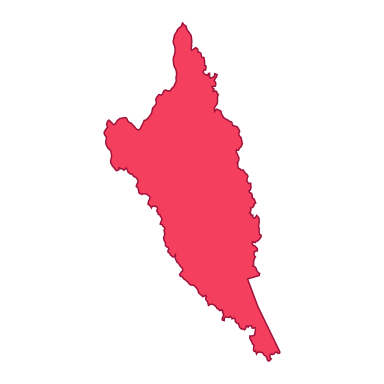 Colinas do Sul, Goiás, Brazil
{"feature_id": "56859067B84500730879893", "entity_name": "Colinas do Sul", "entity_type": "district", "adm_level": 2, "iso_a3": "BRA", "parent_name": "Brazil", "parent_adm1": "Goiás", "projection": "equal_earth", "projection_center": [-48.067, -13.991], "detail": "fine", "context": "isolated", "style": "filled", "palette": "rose", "viewbox_px": 384, "rotation_deg": 0, "n_neighbors": 0, "source": "geoboundaries", "source_scale": "gbopen_adm2", "svg_char_len": 5800}
<svg xmlns="http://www.w3.org/2000/svg" viewBox="0 0 384 384"><path d="M259.1,275.6L259.7,273.5L258.2,272.6L257.5,271.4L256.6,270.4L256.3,268.7L255.2,267.1L254.2,266.3L252.8,266.1L253.7,264.4L253.5,261.4L254.1,259.8L254.5,258.2L255.5,257.0L254.6,256.1L253.9,254.4L254.2,252.3L255.5,251.2L257.3,250.9L257.4,248.6L256.1,247.2L254.7,245.8L253.5,245.6L252.8,244.7L252.2,243.6L252.5,241.8L253.8,242.3L255.2,242.6L256.0,241.5L257.6,241.0L259.4,239.3L261.2,236.6L260.8,234.8L259.5,234.4L259.1,232.6L259.1,229.6L259.2,228.0L258.4,226.3L258.9,224.3L259.2,222.0L259.0,218.2L256.7,215.4L255.2,217.7L253.7,218.0L252.6,216.5L252.8,215.2L250.9,215.1L250.8,213.2L249.5,212.9L250.5,211.5L251.0,209.5L250.5,208.1L252.4,207.5L253.7,206.3L254.3,203.8L255.7,203.1L254.2,199.0L252.2,197.7L252.3,196.1L251.9,193.9L251.0,193.0L249.6,192.6L248.8,191.0L250.0,190.4L251.0,187.9L250.8,184.5L250.7,183.2L248.7,183.5L246.8,180.8L247.1,178.7L248.0,176.2L247.0,174.5L245.1,172.9L244.1,171.4L243.3,170.0L241.2,170.1L239.8,168.7L238.1,167.9L237.8,165.7L237.8,163.8L237.0,163.1L238.0,162.0L238.7,160.3L239.0,158.5L238.6,157.0L237.7,155.5L237.2,153.6L236.4,152.7L236.3,150.1L238.5,150.3L239.5,148.1L240.7,147.2L241.8,145.3L242.4,143.5L241.9,141.7L241.1,137.6L240.0,136.6L239.0,135.4L238.8,133.3L239.7,131.4L239.2,130.1L238.2,128.3L237.1,126.7L235.5,126.3L232.8,125.5L231.7,122.1L229.6,121.3L228.1,120.2L226.4,119.4L224.2,118.1L222.8,116.2L221.5,113.8L221.1,111.5L220.0,110.5L218.6,110.0L216.8,109.1L215.7,109.8L214.7,111.4L214.3,109.9L214.4,108.4L215.0,106.8L217.1,103.8L217.6,100.4L217.4,98.2L217.7,96.1L218.4,94.5L217.2,93.5L216.8,92.1L215.7,90.8L213.2,91.6L213.2,90.2L214.0,89.0L213.0,88.4L212.1,86.6L215.4,86.1L215.8,84.1L215.5,82.3L214.3,80.9L214.8,79.2L216.7,76.5L217.1,74.6L214.7,73.7L214.6,76.1L212.1,77.5L210.5,78.1L209.6,77.2L209.6,73.3L208.4,73.5L207.9,75.3L206.1,74.8L204.4,74.0L203.2,72.3L203.7,70.2L205.6,70.0L206.1,67.4L205.8,65.7L204.5,65.2L204.6,62.7L204.5,60.8L203.9,57.5L202.2,57.5L201.5,56.5L200.9,53.4L199.7,52.3L198.2,52.2L197.6,49.0L195.8,47.6L193.1,49.4L191.6,50.1L191.1,48.8L191.7,45.6L191.5,43.9L191.8,41.7L191.5,37.9L191.0,35.3L188.6,31.7L187.5,30.5L186.6,28.4L186.2,26.3L184.1,24.9L182.6,23.0L181.9,24.6L181.6,26.1L178.9,28.1L177.8,29.3L176.3,32.2L174.5,35.2L173.2,41.5L173.4,43.1L174.8,46.6L175.1,49.2L175.0,52.4L174.3,55.1L173.4,57.8L173.3,59.9L173.5,62.9L174.0,65.5L174.4,66.8L175.8,69.4L176.4,71.6L176.6,74.2L176.0,77.7L176.3,81.0L173.9,86.4L171.5,88.7L170.4,90.8L167.8,90.8L165.2,90.0L163.8,90.9L162.5,94.1L161.2,95.2L159.0,94.5L157.0,97.0L156.3,98.0L155.8,99.8L156.4,102.8L155.9,104.6L152.7,108.0L151.8,112.2L151.4,113.4L150.3,115.2L149.2,116.7L147.8,118.2L146.7,119.3L145.7,120.2L144.1,120.4L143.7,121.7L140.3,128.7L138.5,130.1L136.4,129.0L134.5,126.7L131.1,123.1L129.2,122.4L128.3,121.7L126.5,118.1L125.1,117.6L123.3,117.9L119.9,118.5L117.7,120.2L116.9,121.1L115.1,124.0L113.6,124.6L108.9,120.1L107.5,121.4L106.6,124.6L107.6,127.1L105.3,130.2L104.1,132.4L104.5,134.6L105.6,136.1L106.5,137.5L106.1,140.0L105.8,141.7L105.9,143.7L106.4,145.2L107.1,146.5L108.1,148.3L109.1,149.4L110.4,150.1L111.0,152.0L111.5,154.5L111.6,156.1L111.4,157.9L110.6,160.4L110.8,162.7L111.5,164.2L112.8,166.4L114.0,167.7L115.2,169.4L116.4,170.7L117.7,170.3L119.0,169.6L119.2,167.7L120.6,168.7L122.3,168.8L124.0,170.3L124.8,169.3L126.2,168.0L127.2,169.9L128.1,172.2L129.5,173.3L130.7,174.1L132.0,174.1L132.9,175.0L133.5,176.1L134.3,176.9L135.8,177.2L137.3,179.0L138.0,181.1L137.8,182.8L136.9,184.1L136.2,186.4L137.9,187.9L138.5,189.5L138.9,192.8L140.2,193.7L142.0,194.5L143.0,193.8L144.8,193.8L146.0,194.1L147.1,194.5L148.5,195.5L149.9,196.9L150.0,198.5L149.2,199.8L148.6,201.0L148.3,202.5L148.0,204.2L149.7,205.5L150.5,206.4L151.5,207.9L152.0,206.6L153.3,206.0L155.0,206.5L156.2,206.4L157.2,207.2L157.5,208.8L156.7,210.9L157.8,212.5L158.3,214.4L159.9,214.8L160.5,216.5L161.3,217.4L161.9,218.9L161.3,221.2L160.4,223.0L160.3,224.3L162.1,224.5L163.1,226.3L164.2,227.2L164.9,228.4L164.0,230.2L164.6,232.9L164.5,235.8L163.5,237.7L163.9,239.0L164.1,240.6L165.1,242.0L165.4,243.3L165.5,245.6L166.6,246.8L168.3,247.5L168.8,249.2L167.8,250.9L168.3,252.5L170.0,253.4L170.4,255.0L171.5,255.8L173.0,257.1L174.3,256.7L175.4,255.0L175.3,258.5L176.3,260.6L176.9,262.0L178.5,263.5L180.1,265.7L181.0,267.1L182.2,268.0L182.7,269.3L182.6,270.9L181.3,271.8L180.5,273.2L179.6,274.6L180.3,276.1L181.8,276.6L182.7,277.4L183.9,279.0L185.2,279.8L186.2,280.7L187.4,281.6L188.7,283.1L189.5,284.2L191.3,285.1L193.7,285.1L196.1,287.6L197.6,289.6L198.2,290.8L198.6,292.9L200.7,294.7L202.8,296.7L204.0,296.2L205.1,295.3L206.5,296.5L205.7,297.4L205.6,298.8L206.1,300.0L207.3,301.3L208.0,303.3L208.5,305.4L209.8,304.5L211.8,304.1L213.7,304.7L216.0,306.6L216.8,308.3L218.1,309.1L219.0,309.8L219.9,310.6L221.1,310.5L221.9,309.6L222.7,310.7L222.6,312.2L223.5,314.1L223.4,315.9L222.7,317.4L222.1,318.5L222.5,320.2L224.3,320.6L224.2,318.5L225.5,317.0L227.5,317.1L229.1,317.6L230.1,316.2L231.4,317.4L232.0,318.9L233.3,318.4L234.7,318.2L235.2,320.1L235.4,321.7L237.0,323.3L238.7,323.9L239.0,325.5L239.7,327.3L241.1,328.8L242.2,329.2L243.4,329.1L244.6,329.8L245.5,328.7L246.1,327.4L246.3,326.0L247.4,326.0L248.1,327.2L249.3,325.8L251.3,325.6L252.1,328.0L253.1,328.3L254.1,327.7L255.2,327.7L255.5,329.8L254.9,332.8L254.6,335.1L253.0,335.7L252.0,336.1L249.9,335.9L249.7,337.9L250.6,339.9L251.8,341.9L252.4,343.7L254.0,345.4L253.7,347.7L253.5,350.2L254.2,351.4L255.6,351.0L256.5,354.0L257.5,352.4L258.8,352.1L260.2,352.1L261.3,352.4L263.0,353.2L264.3,355.3L266.0,356.3L266.8,357.7L267.2,359.5L268.0,360.9L269.0,361.0L270.3,360.0L271.2,358.9L270.1,357.8L270.0,355.4L270.8,354.0L272.4,354.5L274.0,354.0L275.4,352.1L277.2,352.4L278.1,353.4L279.5,353.2L279.9,352.0L258.6,308.1L257.9,306.6L247.5,278.9L259.1,275.6Z" fill="#f43f5e" stroke="#9f1239" stroke-width="1.5"/></svg>